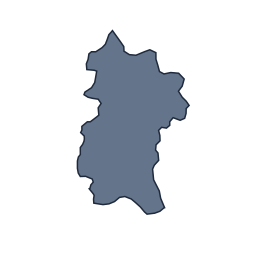 outline of Gumi-si, North Gyeongsang, South Korea, rotated 230°
{"feature_id": "91817680B86853073591153", "entity_name": "Gumi-si", "entity_type": "district", "adm_level": 2, "iso_a3": "KOR", "parent_name": "South Korea", "parent_adm1": "North Gyeongsang", "projection": "natural_earth1", "projection_center": [128.363, 36.205], "detail": "fine", "context": "isolated", "style": "filled", "palette": "slate", "viewbox_px": 256, "rotation_deg": 230, "n_neighbors": 0, "source": "geoboundaries", "source_scale": "gbopen_adm2", "svg_char_len": 1423}
<svg xmlns="http://www.w3.org/2000/svg" viewBox="0 0 256 256"><g transform="rotate(230 128 128)"><path d="M154.9,88.8L150.0,89.3L147.6,87.5L146.1,85.7L144.6,82.7L143.7,78.9L141.9,77.4L138.3,74.4L137.7,71.4L135.3,68.1L129.6,63.3L125.4,60.9L121.5,60.3L118.2,64.5L111.9,67.8L108.9,66.6L108.3,63.0L106.2,60.0L106.4,59.2L99.9,59.1L98.1,58.7L95.7,55.9L92.4,53.5L85.4,59.6L82.1,64.7L80.3,70.4L80.3,76.9L77.5,81.6L71.4,84.9L66.2,85.8L59.7,86.7L53.1,86.7L49.8,87.2L45.6,93.7L43.7,98.9L43.7,104.0L43.4,104.8L53.1,107.8L59.7,111.5L71.8,114.3L80.7,120.4L82.6,124.2L83.5,130.7L89.6,134.9L93.3,134.9L97.1,138.7L97.6,144.3L101.8,147.6L106.5,149.9L106.9,154.2L103.2,157.4L103.2,161.7L106.0,164.0L106.9,169.2L100.4,172.9L99.0,177.6L101.8,181.8L105.5,185.1L106.0,189.3L111.1,189.8L116.8,189.3L123.8,190.3L125.2,196.4L129.4,202.5L137.4,202.0L143.0,196.4L146.3,190.3L151.0,188.4L157.0,191.2L162.7,193.6L167.8,197.8L173.9,195.0L175.8,189.8L178.6,180.9L183.3,176.2L189.4,174.3L193.1,177.1L198.3,177.6L212.6,178.7L212.3,177.1L211.8,173.4L209.0,168.7L206.7,164.5L206.2,159.8L207.1,152.3L209.9,149.0L209.9,145.7L206.2,141.5L203.9,137.3L199.2,134.0L194.0,139.2L191.7,140.6L189.3,137.8L184.2,131.7L182.3,126.0L183.2,118.1L181.8,115.7L177.2,117.2L173.4,120.0L169.2,123.7L164.1,123.2L162.6,118.1L156.6,113.9L156.6,111.1L157.0,103.1L158.9,100.8L158.9,96.6L158.9,93.7L156.1,91.4L154.9,88.8Z" fill="#64748b" stroke="#1e293b" stroke-width="1.5"/></g></svg>